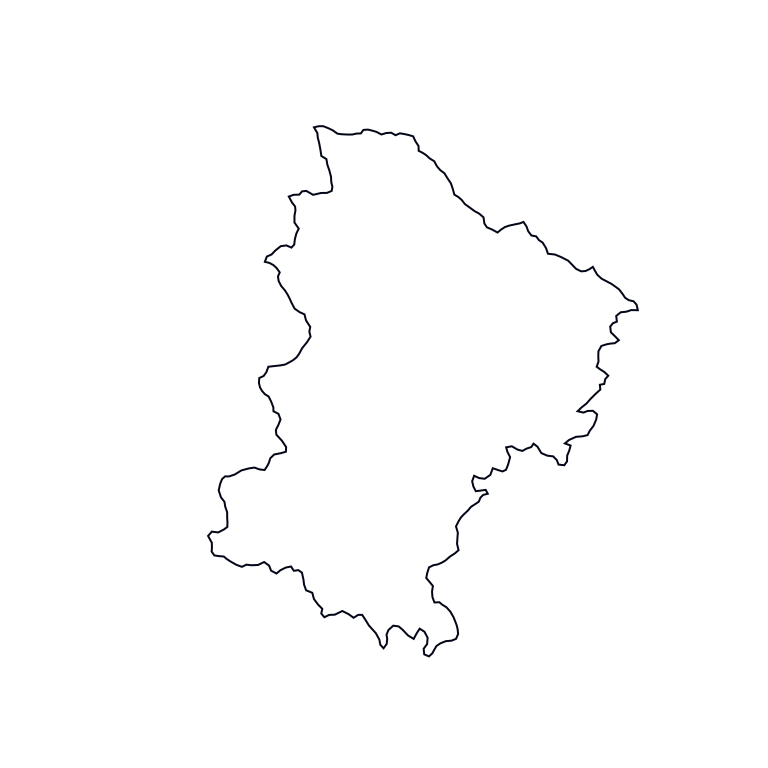 Bom Sucesso, Minas Gerais, Brazil, rotated 318°
{"feature_id": "56859067B71909966942308", "entity_name": "Bom Sucesso", "entity_type": "district", "adm_level": 2, "iso_a3": "BRA", "parent_name": "Brazil", "parent_adm1": "Minas Gerais", "projection": "orthographic", "projection_center": [-44.79, -21.016], "detail": "fine", "context": "isolated", "style": "outline", "palette": "ink", "viewbox_px": 768, "rotation_deg": 318, "n_neighbors": 0, "source": "geoboundaries", "source_scale": "gbopen_adm2", "svg_char_len": 4702}
<svg xmlns="http://www.w3.org/2000/svg" viewBox="0 0 768 768"><g transform="rotate(318 384 384)"><path d="M622.0,499.0L624.8,494.0L624.8,489.5L622.0,485.5L620.9,481.2L621.6,476.5L622.0,470.9L621.0,466.1L620.0,461.7L618.0,456.3L616.2,451.5L615.6,445.5L616.6,440.7L617.6,436.7L613.7,436.2L609.4,434.9L605.9,432.2L603.8,427.0L603.6,421.2L603.4,415.7L600.7,408.5L597.7,402.2L593.0,396.9L595.3,391.5L596.5,385.2L595.4,380.7L595.9,376.2L592.9,372.2L593.4,366.9L595.3,362.3L596.1,356.9L592.4,355.5L587.8,352.8L583.1,350.1L578.9,348.3L574.5,347.6L569.7,347.4L567.8,341.8L565.3,336.4L566.0,331.9L569.5,326.7L568.7,320.9L567.0,316.2L565.7,309.9L564.5,304.3L564.9,299.1L564.4,295.0L563.0,290.3L565.5,285.4L568.0,279.6L568.7,274.4L569.9,267.8L568.9,262.7L569.0,257.8L570.4,252.1L568.9,246.9L568.5,242.4L567.4,238.1L565.8,233.9L568.9,230.3L569.8,224.5L571.4,219.5L568.9,215.4L566.0,211.4L563.5,208.3L559.1,206.9L557.5,202.1L553.6,199.0L549.0,196.8L547.1,191.6L544.9,188.0L542.3,184.2L538.7,181.4L534.5,182.3L531.0,179.4L527.4,177.4L523.4,173.8L519.4,169.8L516.9,166.8L515.6,161.0L513.8,156.7L511.4,151.8L507.9,148.7L503.7,146.4L502.4,152.9L499.7,156.5L497.2,161.3L493.8,166.9L490.0,172.7L491.7,178.3L488.6,183.2L486.3,188.7L483.3,194.5L479.7,199.0L477.7,202.8L474.4,205.5L469.6,203.9L465.0,199.9L457.9,196.0L455.5,188.6L452.0,186.0L447.8,186.6L443.5,183.0L438.7,181.0L437.1,187.4L436.7,192.6L434.3,195.8L430.1,199.0L425.5,204.1L424.6,211.5L419.6,213.5L414.6,216.8L410.6,220.3L406.5,220.7L404.1,215.6L399.5,212.5L392.6,212.1L387.1,212.5L382.2,210.9L377.2,213.5L379.9,217.4L381.4,221.7L381.8,225.9L381.2,231.3L377.2,233.1L374.7,236.8L373.2,242.2L373.0,248.2L372.2,253.0L371.1,257.2L369.6,261.9L368.0,268.2L369.4,274.2L371.5,279.0L368.6,284.6L367.4,292.2L363.5,295.2L361.1,299.7L354.3,301.5L347.2,302.6L341.1,304.8L336.8,305.7L332.0,305.4L327.6,304.4L323.4,303.3L319.1,300.6L314.8,297.5L309.6,293.8L304.5,296.5L299.9,297.5L295.3,296.1L291.8,299.5L289.6,303.5L288.7,307.6L288.7,312.0L289.9,316.1L288.4,321.5L286.1,327.4L283.6,330.3L285.6,335.5L283.4,341.1L278.4,343.6L272.9,345.8L270.1,349.6L270.2,357.8L269.1,365.3L265.8,368.7L261.1,366.4L255.2,362.9L249.8,363.1L245.6,365.6L241.8,367.0L237.7,368.0L234.3,364.1L231.8,359.4L226.9,356.2L220.2,352.8L212.6,351.4L207.2,349.1L204.0,346.3L200.1,346.3L195.7,348.4L190.0,352.4L187.0,359.1L186.6,364.8L183.9,369.0L181.6,374.4L178.1,378.3L174.9,382.3L171.9,385.4L167.8,385.0L161.5,383.4L157.3,378.5L151.6,379.2L149.8,386.8L146.6,390.5L143.8,393.2L143.2,397.8L146.2,401.5L149.5,405.0L150.1,409.1L151.3,413.6L153.3,419.6L156.1,424.8L160.9,426.2L164.2,430.0L169.3,434.2L175.8,436.1L177.1,442.1L175.2,447.1L177.3,452.9L182.5,453.1L188.2,454.7L192.8,457.4L192.0,462.5L195.8,465.0L196.8,469.3L193.3,475.4L190.3,479.7L188.1,485.2L191.0,491.2L188.1,496.8L187.4,503.9L187.7,509.8L183.8,512.6L183.6,517.4L188.7,518.9L193.1,522.5L201.1,524.8L203.6,531.1L205.0,537.4L210.3,538.3L213.3,541.0L212.4,546.9L211.2,553.3L211.2,563.7L209.5,570.9L206.8,575.2L206.8,580.1L212.0,579.0L215.8,575.6L218.1,572.0L222.7,569.8L229.2,569.8L232.7,574.0L233.4,579.2L233.6,586.9L235.5,593.3L241.6,591.1L246.8,589.7L248.3,595.2L246.6,601.8L242.0,606.1L236.3,607.3L233.0,611.8L235.1,616.5L239.7,616.5L243.3,615.2L247.7,613.8L252.5,614.5L257.9,616.5L262.4,619.9L267.0,621.6L271.8,619.4L274.7,615.4L276.6,611.8L278.1,608.0L279.6,603.9L281.0,597.6L281.0,591.6L279.7,587.3L279.1,583.2L275.3,580.1L277.4,574.8L280.8,570.4L285.2,566.8L285.4,562.3L285.6,556.4L289.8,553.3L294.8,550.4L299.4,551.7L303.2,554.0L307.2,555.4L311.7,556.3L317.7,556.4L323.3,557.3L328.2,557.4L331.3,551.7L335.9,547.2L339.4,543.9L342.2,538.0L347.6,535.9L352.0,534.6L356.2,534.3L361.3,534.2L366.5,533.5L370.9,534.2L375.7,534.9L379.6,533.0L383.5,532.8L387.7,535.0L388.7,530.7L384.1,527.6L380.5,525.1L381.8,520.1L384.4,515.3L389.6,512.5L391.7,517.5L395.4,521.8L402.2,522.7L408.5,519.4L411.2,524.3L413.6,528.3L417.3,529.4L422.5,526.8L428.8,522.7L430.3,517.1L432.4,512.8L437.3,515.8L439.3,522.0L442.0,526.3L446.7,527.4L451.2,529.4L455.2,528.4L456.1,533.3L454.7,540.6L457.4,546.5L461.3,551.0L461.5,556.2L459.8,560.7L463.6,565.0L468.2,564.0L472.2,559.8L477.2,557.4L481.5,554.6L478.7,549.2L484.0,549.4L491.3,551.7L496.5,555.7L501.1,558.2L505.7,556.4L511.7,555.3L517.9,552.4L522.1,549.1L521.3,543.7L517.3,540.3L513.1,538.7L509.7,533.8L515.0,533.6L521.7,534.0L527.2,533.3L535.0,532.9L541.0,532.9L543.9,529.0L547.7,531.3L551.7,528.4L556.2,527.9L555.8,522.5L554.4,517.6L553.6,513.5L558.5,510.8L561.6,507.0L565.2,503.2L571.0,501.2L575.9,503.4L579.2,505.4L582.8,508.1L587.8,508.6L587.6,503.2L587.2,497.4L590.5,492.7L594.8,492.0L598.8,493.5L602.1,488.8L607.9,489.1L612.6,492.5L617.2,494.5L622.0,499.0Z" fill="none" stroke="#020617" stroke-width="2"/></g></svg>